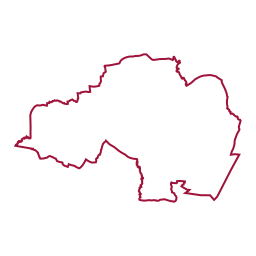 Chamni, Buri Ram, Thailand (Albers equal-area conic projection)
{"feature_id": "78962969B38996553014175", "entity_name": "Chamni", "entity_type": "district", "adm_level": 2, "iso_a3": "THA", "parent_name": "Thailand", "parent_adm1": "Buri Ram", "projection": "albers", "projection_center": [102.795, 14.787], "detail": "fine", "context": "isolated", "style": "outline", "palette": "rose", "viewbox_px": 256, "rotation_deg": 0, "n_neighbors": 0, "source": "geoboundaries", "source_scale": "gbopen_adm2", "svg_char_len": 5784}
<svg xmlns="http://www.w3.org/2000/svg" viewBox="0 0 256 256"><path d="M221.7,80.2L217.7,77.7L216.1,76.4L215.5,76.2L210.9,75.1L209.3,75.1L203.7,75.6L202.3,75.9L199.7,76.8L196.0,78.8L194.8,79.6L192.1,82.1L190.0,83.7L186.7,85.7L186.5,85.8L186.3,85.7L185.7,84.1L185.8,83.8L186.4,83.6L186.5,83.4L186.1,81.8L186.0,81.4L185.0,80.5L183.9,78.0L183.5,77.8L183.2,77.8L182.8,78.6L182.5,78.7L181.7,78.4L181.2,76.9L179.8,74.6L179.1,72.4L178.6,72.0L177.2,71.8L176.5,71.1L176.5,70.7L176.7,70.3L178.5,69.3L178.7,69.0L178.7,68.8L178.5,68.5L176.9,68.3L176.6,67.8L176.6,67.3L177.6,64.6L178.7,63.6L179.9,62.8L180.0,62.5L179.6,61.8L179.6,60.9L179.4,60.7L179.2,60.7L178.4,61.3L178.2,62.0L177.9,62.2L177.4,62.2L176.8,61.9L176.1,61.2L175.8,59.9L175.1,58.8L174.3,57.0L174.1,56.8L173.7,56.9L173.4,57.3L173.4,59.2L173.0,59.8L172.6,60.0L172.1,59.6L170.4,59.2L169.8,58.8L168.3,58.5L166.3,58.9L159.7,59.1L154.1,59.9L153.0,59.9L152.3,59.7L150.9,58.6L147.1,55.0L146.5,54.5L146.0,54.3L143.8,54.3L140.9,55.4L139.6,55.7L137.2,56.0L135.8,55.9L133.0,56.5L129.9,56.5L127.3,57.0L124.8,57.9L122.5,59.1L120.8,60.6L120.4,61.2L119.7,62.9L119.0,63.5L109.9,65.3L104.7,65.8L104.5,66.2L105.3,68.2L105.4,70.1L105.6,70.6L105.8,71.7L103.6,73.2L102.9,76.3L100.8,76.5L100.7,77.9L101.0,81.2L100.4,82.8L99.5,83.6L99.3,85.7L97.6,86.2L94.2,86.7L93.2,86.7L89.6,86.1L89.6,87.2L90.2,91.9L88.4,92.0L86.5,91.7L85.2,91.6L80.9,92.4L80.3,93.4L77.6,93.2L78.3,98.3L77.7,98.9L77.8,99.4L77.3,101.2L76.8,102.0L75.9,101.8L75.1,101.0L73.7,100.7L72.5,99.5L70.9,100.0L68.5,101.5L67.5,101.6L67.9,103.8L66.3,104.1L64.0,103.5L64.0,103.1L63.2,103.2L62.1,102.5L61.5,102.4L60.8,101.6L60.1,101.4L59.6,101.5L59.5,101.2L58.0,100.6L57.0,100.4L56.2,100.8L55.9,100.8L55.1,100.7L54.6,100.3L53.4,101.0L52.8,101.0L52.8,101.4L52.6,101.6L52.2,101.5L51.4,102.2L50.6,102.3L49.6,101.8L49.4,102.5L49.1,102.5L49.0,103.1L47.2,103.1L46.9,105.7L42.8,104.8L40.3,105.5L37.1,105.3L36.3,105.6L34.4,106.9L32.3,109.9L31.1,112.2L30.3,115.2L30.6,127.0L30.5,132.5L30.6,137.9L30.3,138.3L29.7,138.1L29.3,138.4L28.8,138.4L28.7,138.3L28.8,137.9L28.6,137.9L28.2,137.7L28.1,137.3L27.5,136.8L27.4,136.8L27.3,137.4L27.0,137.3L26.9,137.5L26.5,136.9L26.3,137.6L26.1,137.7L25.8,137.3L25.1,137.6L25.0,137.9L24.5,137.7L24.3,138.5L24.1,138.4L24.0,138.0L23.8,138.0L23.5,138.4L23.2,138.4L22.7,138.7L22.6,139.0L21.9,139.3L22.1,139.6L21.9,139.9L22.1,140.8L21.3,141.0L20.9,141.9L20.6,141.9L20.5,141.2L19.9,141.3L19.2,141.0L18.9,141.0L17.9,142.0L17.9,142.4L18.2,142.6L17.9,142.8L17.8,143.4L17.5,143.4L17.4,143.7L17.1,143.9L17.1,144.3L16.5,144.4L16.3,145.0L15.8,145.0L15.4,145.8L31.1,148.5L31.3,149.0L31.5,149.1L33.0,148.7L33.2,149.6L35.3,150.2L37.3,152.0L37.8,152.8L38.0,152.8L38.3,154.1L39.1,156.1L39.4,157.2L39.7,157.2L40.2,158.6L41.0,158.7L44.5,158.3L45.1,158.0L46.8,157.7L49.1,156.2L49.8,156.1L50.4,156.2L53.0,157.3L54.4,158.2L55.8,158.6L57.1,161.2L59.9,162.0L61.9,162.3L62.5,162.7L62.4,163.4L63.1,164.6L64.0,165.4L64.6,165.7L67.8,166.9L68.8,164.2L70.3,164.8L74.7,165.9L76.1,167.0L79.1,168.3L80.5,167.5L82.7,165.1L84.2,162.7L86.0,159.4L87.6,160.6L89.8,161.8L92.2,162.6L95.9,162.3L96.3,160.3L96.0,159.1L96.7,158.2L97.5,158.0L98.1,156.0L98.7,155.1L99.2,154.7L99.9,154.7L100.1,154.6L100.2,153.4L100.8,152.3L101.0,149.7L101.7,148.8L101.9,147.0L102.3,146.1L102.9,144.1L103.3,143.5L104.0,142.7L104.7,142.0L105.7,141.4L106.0,140.7L109.4,144.2L114.7,147.4L118.3,150.4L121.5,152.6L125.2,154.6L128.1,157.0L130.8,158.1L133.9,158.8L136.6,159.0L137.2,159.4L137.3,160.0L137.1,160.9L137.6,162.0L137.0,162.5L136.7,162.4L136.6,163.0L137.2,163.6L136.7,164.4L136.7,164.9L137.0,165.2L137.6,165.4L137.5,166.0L137.7,166.9L138.4,167.2L138.6,167.6L139.0,167.5L139.1,166.9L139.6,166.8L139.8,167.1L140.1,169.4L139.7,170.1L140.3,172.1L140.3,172.7L141.2,173.5L141.3,174.2L141.9,175.2L141.6,175.8L142.0,176.4L141.9,177.0L142.9,177.6L143.1,178.2L143.1,178.4L142.8,178.6L142.1,178.4L141.5,178.7L141.7,179.1L141.5,179.5L142.0,179.8L142.3,180.9L142.0,181.6L142.1,181.9L142.1,183.1L142.3,183.3L142.3,183.6L141.2,184.8L140.6,185.1L140.6,185.6L141.3,186.3L141.4,186.9L140.9,187.1L140.5,187.4L139.7,187.4L139.6,187.5L139.5,188.0L139.8,188.7L139.4,189.2L138.8,191.1L138.9,191.3L139.5,191.6L139.5,192.3L140.0,192.8L140.0,193.2L139.7,193.9L140.6,193.8L140.8,194.0L140.2,194.7L140.2,195.3L139.8,196.0L139.9,196.3L140.4,196.7L140.5,197.2L140.0,197.5L139.3,198.8L139.4,199.7L139.9,200.0L143.4,200.6L146.7,200.5L148.8,200.1L151.1,200.4L154.7,200.1L155.5,200.6L156.4,200.4L157.4,200.8L158.9,200.6L160.2,199.7L163.0,199.5L163.8,199.2L164.6,199.3L170.9,201.2L172.9,201.3L173.5,201.7L174.6,201.5L175.1,201.2L175.9,200.4L176.2,199.7L176.5,197.2L175.8,195.9L174.8,194.8L174.3,193.4L173.7,192.9L172.3,192.5L172.0,192.3L172.0,191.5L171.4,189.6L171.1,189.2L171.5,187.8L171.7,187.5L171.8,187.1L171.7,186.4L170.9,184.5L171.0,183.6L171.4,182.5L172.6,183.0L176.5,183.2L177.1,182.5L177.1,181.1L180.5,181.0L184.9,181.4L184.8,182.5L184.0,182.5L183.6,184.6L182.4,184.8L181.4,186.3L186.7,189.5L187.3,189.7L189.4,189.9L188.6,190.7L185.3,193.0L201.5,195.3L203.3,195.2L210.1,195.3L214.1,199.9L216.8,197.1L217.5,196.1L231.0,169.8L239.3,154.6L235.0,154.2L230.9,154.7L231.8,151.5L233.2,148.7L234.2,145.5L234.5,143.7L234.7,140.5L235.1,139.1L235.6,137.9L236.9,134.2L239.4,129.8L239.4,129.0L239.1,128.6L238.8,127.0L240.6,120.6L240.1,119.8L238.9,119.6L238.2,119.2L237.6,117.9L237.7,117.0L237.5,116.7L237.1,116.5L236.4,116.7L234.7,115.6L234.2,115.2L234.0,114.7L233.2,114.3L232.8,113.7L231.9,113.5L231.0,113.9L230.4,113.1L230.3,112.1L230.5,111.8L230.2,111.5L229.7,111.5L229.5,111.2L229.2,110.9L229.3,110.1L229.0,109.9L228.7,109.3L228.1,109.0L227.9,108.6L227.6,108.7L227.5,108.3L227.2,108.2L227.5,106.3L227.0,104.3L226.9,101.4L227.0,100.2L227.6,96.8L227.0,96.0L226.8,94.1L226.3,92.4L224.8,88.5L222.3,83.5L221.7,81.6L221.7,80.2Z" fill="none" stroke="#9f1239" stroke-width="2"/></svg>